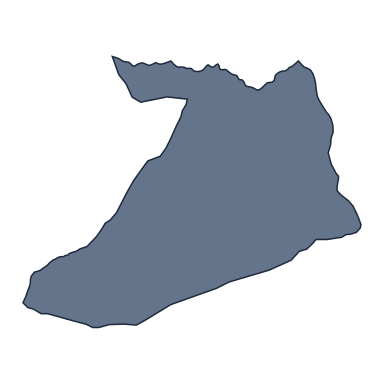 Bapisa, Wangdi Phodrang, Bhutan (Mercator projection)
{"feature_id": "84629894B48304633314853", "entity_name": "Bapisa", "entity_type": "district", "adm_level": 2, "iso_a3": "BTN", "parent_name": "Bhutan", "parent_adm1": "Wangdi Phodrang", "projection": "mercator", "projection_center": [89.856, 27.504], "detail": "fine", "context": "isolated", "style": "filled", "palette": "slate", "viewbox_px": 384, "rotation_deg": 0, "n_neighbors": 0, "source": "geoboundaries", "source_scale": "gbopen_adm2", "svg_char_len": 2391}
<svg xmlns="http://www.w3.org/2000/svg" viewBox="0 0 384 384"><path d="M184.0,67.2L180.7,67.0L177.6,67.0L176.0,66.1L173.2,63.6L170.9,61.0L166.0,62.8L162.2,63.9L160.0,64.2L157.5,63.5L155.7,62.6L151.4,64.8L148.9,65.4L142.8,62.9L140.4,63.2L137.7,64.1L134.7,66.1L132.5,65.7L130.4,63.4L128.1,62.1L124.0,61.6L121.7,60.5L119.7,59.1L118.1,58.4L115.9,57.6L112.3,56.5L118.8,74.7L126.0,83.7L132.2,97.2L140.7,102.2L167.2,96.9L187.3,99.2L186.1,104.6L182.5,110.5L180.8,117.0L176.1,126.5L170.2,139.6L166.1,147.9L160.2,156.2L147.8,160.9L141.3,169.8L133.7,180.5L126.6,193.0L116.7,212.3L113.8,215.9L110.0,220.2L105.3,223.1L101.9,228.9L96.3,236.8L86.9,246.6L80.1,248.8L77.4,250.6L75.2,251.6L73.6,252.0L70.9,252.9L69.3,253.6L67.3,255.4L65.3,255.4L63.9,256.5L59.9,256.8L57.7,257.7L55.6,259.0L53.2,259.9L49.3,263.1L47.5,265.1L44.8,267.2L42.0,268.9L40.5,270.4L37.4,271.3L34.4,272.2L32.3,274.7L31.2,276.4L30.5,279.4L30.3,282.6L29.8,285.7L27.7,290.9L26.0,296.0L23.0,302.8L27.7,307.5L33.4,309.1L41.2,313.7L47.5,313.7L70.9,320.2L86.5,324.4L92.7,327.5L98.9,327.5L109.3,324.6L123.9,324.1L136.3,325.1L145.7,319.9L170.6,304.7L172.5,304.0L199.4,294.4L216.8,288.2L224.1,284.5L229.3,281.9L269.3,270.1L291.1,260.2L299.4,251.3L306.7,249.2L312.9,243.2L316.0,239.5L321.2,239.5L327.2,239.5L332.4,238.7L337.3,237.9L339.7,237.7L342.0,237.1L346.2,234.5L350.1,234.3L352.7,233.6L356.5,232.3L358.6,229.9L360.2,228.1L361.0,224.7L358.7,218.4L356.5,213.1L353.8,207.7L352.9,205.9L348.3,200.7L344.1,197.4L340.6,194.6L337.1,190.7L337.1,186.2L338.5,178.7L338.5,176.2L336.2,173.5L331.3,164.4L328.2,152.9L330.6,144.7L331.2,137.7L333.1,132.3L332.9,125.7L332.0,122.1L330.6,117.9L328.4,114.2L326.7,112.6L323.5,107.5L320.4,102.5L318.0,98.1L317.0,94.6L316.2,89.2L315.4,82.3L314.3,77.7L312.8,73.7L310.5,70.0L307.3,68.2L303.9,66.9L299.7,62.5L298.4,60.9L294.5,64.4L292.5,66.1L289.3,67.5L287.7,69.3L285.4,70.8L281.7,71.2L279.4,72.1L276.9,73.8L275.3,75.5L274.8,77.7L274.2,80.5L272.1,82.2L268.2,82.6L266.6,83.3L262.4,87.4L259.8,89.5L257.2,90.1L253.5,88.0L251.4,87.2L246.7,86.3L245.2,85.1L243.7,81.4L241.6,79.7L239.8,79.8L238.6,78.8L236.8,75.5L232.5,74.4L230.0,72.9L226.2,69.7L224.5,69.4L223.0,69.7L220.6,69.7L219.3,67.8L219.1,65.8L217.8,64.0L216.0,64.9L213.6,67.0L211.4,67.0L208.0,64.8L206.0,66.5L204.0,69.0L202.4,70.3L200.4,71.2L196.7,71.6L193.4,70.7L191.5,68.6L189.9,68.3L186.6,68.5L184.0,67.2Z" fill="#64748b" stroke="#1e293b" stroke-width="1.5"/></svg>